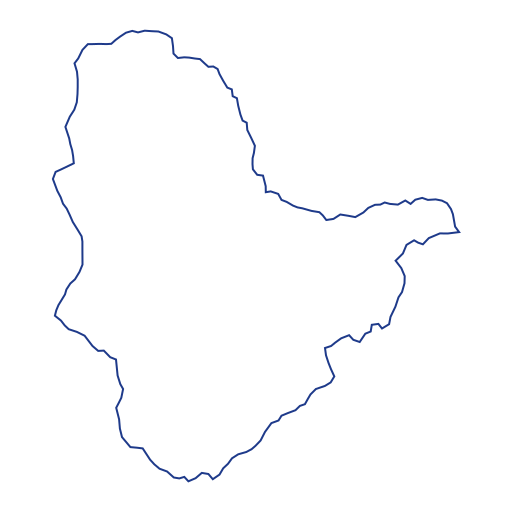 Pugmil, Tocantins, Brazil
{"feature_id": "56859067B46523842335480", "entity_name": "Pugmil", "entity_type": "district", "adm_level": 2, "iso_a3": "BRA", "parent_name": "Brazil", "parent_adm1": "Tocantins", "projection": "natural_earth1", "projection_center": [-48.87, -10.421], "detail": "fine", "context": "isolated", "style": "outline", "palette": "blue", "viewbox_px": 512, "rotation_deg": 0, "n_neighbors": 0, "source": "geoboundaries", "source_scale": "gbopen_adm2", "svg_char_len": 2560}
<svg xmlns="http://www.w3.org/2000/svg" viewBox="0 0 512 512"><path d="M330.7,382.4L334.3,376.4L331.0,369.2L328.5,362.9L326.0,355.3L325.0,348.0L331.1,346.0L335.1,342.7L341.2,338.3L349.1,335.2L353.3,339.8L359.7,342.0L365.3,333.7L370.7,331.5L371.8,324.8L378.4,323.9L382.0,328.5L389.1,324.2L390.5,316.9L395.4,306.7L398.5,297.3L402.0,292.1L404.5,283.3L404.7,276.1L401.3,268.1L395.6,260.7L402.9,253.5L406.5,244.9L414.1,240.3L418.2,242.7L422.9,244.3L428.8,238.1L439.9,233.4L447.7,233.5L459.1,232.1L455.1,226.6L453.9,219.8L452.9,214.2L451.0,209.1L447.0,203.2L441.9,200.6L435.7,199.4L427.9,199.9L422.2,197.9L415.3,199.7L410.6,203.9L405.3,200.5L397.9,204.6L389.9,203.9L384.7,202.5L380.3,204.6L375.0,204.8L368.3,207.9L363.4,212.5L355.3,217.1L348.4,215.8L340.3,214.5L333.5,218.9L326.3,220.0L322.8,215.4L319.4,212.2L311.5,210.9L302.3,208.3L297.5,207.4L293.0,205.6L286.7,201.9L281.5,199.9L278.2,193.9L270.7,191.4L265.8,192.2L265.7,186.2L263.0,175.6L257.2,174.8L252.9,169.3L252.5,164.1L252.6,158.2L253.9,153.0L254.9,145.8L251.2,137.9L247.3,130.0L246.7,122.7L242.6,120.6L240.4,114.5L238.2,105.7L236.9,98.2L232.7,96.2L231.8,89.4L227.3,87.6L223.2,80.8L219.5,74.1L217.6,69.0L213.3,66.5L208.4,66.8L204.7,63.5L200.0,59.1L194.8,58.5L189.2,57.6L184.3,57.3L177.9,58.0L173.5,53.6L173.0,46.1L171.9,38.2L166.3,34.4L158.4,31.5L152.0,31.2L144.7,30.7L138.0,32.4L132.3,30.9L126.0,32.7L120.1,36.6L115.4,40.1L111.3,43.8L106.6,44.1L99.7,43.9L92.7,44.1L87.9,44.1L82.5,49.8L78.2,58.5L74.5,63.3L77.0,71.7L77.7,79.4L77.7,87.1L77.5,94.0L76.8,102.3L74.3,109.7L69.8,116.7L65.4,126.9L69.2,138.4L70.3,144.1L72.1,150.1L73.1,156.1L73.8,163.3L60.7,169.6L55.6,171.9L52.9,179.0L57.3,190.8L60.7,197.3L63.0,203.7L66.7,208.6L69.7,214.9L72.8,222.0L77.8,230.0L81.6,236.3L82.4,241.5L82.4,249.6L82.5,264.6L79.5,271.9L75.0,279.3L70.3,283.5L66.4,289.5L65.0,294.4L58.5,305.0L56.3,310.2L54.9,315.7L61.0,320.6L64.7,325.4L68.7,329.2L76.9,331.9L84.6,335.7L92.5,346.0L98.2,350.9L103.8,350.6L110.2,357.2L116.0,359.5L117.6,375.5L120.3,384.1L123.1,389.0L121.3,397.8L118.8,402.8L116.2,407.8L119.1,419.3L119.9,428.6L122.0,437.1L130.4,447.1L136.9,447.7L142.7,448.4L150.1,459.7L154.3,464.3L159.5,468.7L167.1,471.5L173.8,477.5L179.3,478.4L184.3,476.9L188.4,481.3L195.6,478.2L201.8,472.9L208.4,474.0L212.8,479.2L219.5,474.6L223.2,468.3L228.0,463.8L232.0,458.3L238.2,454.3L246.3,452.0L251.7,449.1L255.3,446.0L260.6,440.5L265.0,431.9L271.4,423.1L278.5,420.5L281.5,415.7L287.8,413.1L295.5,410.2L299.9,405.9L304.9,404.2L307.8,399.0L310.5,394.4L315.9,389.0L325.0,385.9L330.7,382.4Z" fill="none" stroke="#1e3a8a" stroke-width="2"/></svg>